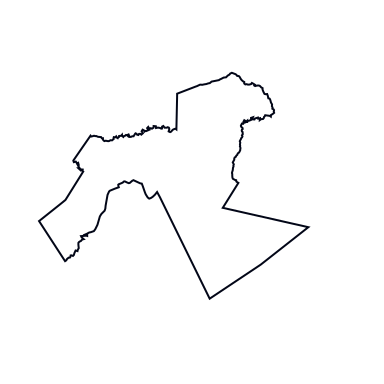 Gilbués, Piauí, Brazil, rotated 122°
{"feature_id": "56859067B46664725205150", "entity_name": "Gilbués", "entity_type": "district", "adm_level": 2, "iso_a3": "BRA", "parent_name": "Brazil", "parent_adm1": "Piauí", "projection": "orthographic", "projection_center": [-45.496, -9.578], "detail": "fine", "context": "isolated", "style": "outline", "palette": "ink", "viewbox_px": 384, "rotation_deg": 122, "n_neighbors": 0, "source": "geoboundaries", "source_scale": "gbopen_adm2", "svg_char_len": 4438}
<svg xmlns="http://www.w3.org/2000/svg" viewBox="0 0 384 384"><g transform="rotate(122 192 192)"><path d="M69.8,221.4L71.4,222.4L72.7,222.5L73.9,223.2L74.9,223.5L76.7,223.9L78.2,225.8L80.6,227.2L81.6,227.9L82.9,228.5L88.0,233.9L90.2,234.6L91.3,235.8L92.9,237.1L94.0,238.4L95.8,240.3L96.2,241.3L96.8,242.1L99.6,243.9L100.7,244.8L116.5,256.7L118.8,255.3L147.2,238.4L147.1,239.6L148.0,240.4L149.4,241.3L150.6,241.5L151.9,241.7L152.8,242.3L153.0,243.9L150.6,244.6L149.7,245.7L149.9,246.9L150.8,247.4L152.0,249.4L151.2,251.3L152.4,252.0L154.1,251.1L154.6,251.7L154.6,252.9L155.4,255.0L156.8,256.4L155.4,257.5L156.4,259.5L157.8,258.7L159.5,259.5L159.7,260.7L160.8,262.2L160.0,263.6L161.6,263.9L162.2,262.7L162.1,261.4L164.6,263.1L165.0,264.0L165.9,264.3L165.2,265.5L165.3,266.9L167.2,266.9L167.8,265.7L168.2,264.8L170.2,265.4L170.0,266.5L170.8,267.7L172.1,267.7L172.5,268.9L172.0,269.9L172.2,271.0L173.0,271.1L174.7,271.1L175.7,271.1L176.4,272.2L177.5,272.9L178.3,273.9L178.7,275.0L178.4,276.4L177.4,275.4L176.8,276.3L177.7,276.9L178.3,277.4L178.6,278.2L179.5,278.4L180.7,279.4L181.7,279.4L181.5,281.0L180.6,281.7L181.9,281.9L183.1,283.5L184.0,283.1L184.7,283.6L185.7,283.5L185.7,285.0L185.1,285.8L186.3,286.1L186.9,287.4L187.9,287.1L188.6,286.5L189.7,286.9L190.6,287.2L191.3,288.6L192.7,289.3L193.3,290.0L193.7,290.9L194.2,292.3L195.2,293.2L195.2,294.1L194.7,295.4L193.6,296.0L194.2,297.0L193.6,298.1L194.4,299.8L195.0,300.9L195.3,302.9L195.9,303.7L196.2,304.9L197.2,305.7L198.4,306.9L198.0,307.9L212.7,308.6L228.2,309.3L228.8,308.7L229.3,308.0L228.4,307.2L227.8,306.7L228.3,305.5L228.8,304.7L227.6,304.0L229.1,302.4L229.8,302.9L230.6,301.6L231.2,300.2L232.0,301.1L232.2,300.0L232.6,297.9L231.5,297.8L230.9,296.6L232.2,296.1L232.3,295.1L265.8,295.1L272.8,297.5L283.3,301.2L297.7,306.3L317.9,263.0L316.6,262.4L315.2,262.5L314.1,262.2L312.9,261.7L312.3,260.8L311.4,260.8L310.1,261.3L309.5,260.5L309.3,259.1L308.0,258.8L305.9,259.4L303.3,259.7L302.8,257.8L301.7,258.2L299.6,258.3L298.1,259.5L296.8,260.5L295.3,261.4L294.3,261.3L293.2,260.8L292.3,260.2L291.1,260.1L290.2,259.7L289.4,258.9L289.2,260.2L288.9,261.6L288.2,262.7L286.1,259.9L285.6,260.7L284.0,259.6L285.1,258.7L284.8,257.6L283.4,258.5L282.4,258.6L280.8,257.7L279.8,256.6L277.2,254.5L274.8,254.3L269.9,254.8L261.5,257.2L258.6,257.2L254.2,256.2L252.0,256.7L249.4,258.0L239.2,262.1L235.5,262.6L234.4,262.3L229.8,259.0L226.8,256.6L225.9,257.6L224.9,258.4L224.0,258.1L222.9,257.2L220.7,255.7L219.3,255.4L218.6,254.6L218.3,251.8L218.0,250.3L217.3,249.6L215.7,249.1L214.1,248.6L213.0,247.9L212.7,245.4L212.1,240.5L211.5,239.0L213.4,236.5L217.2,231.8L218.5,230.0L220.1,226.7L220.3,224.8L218.9,223.7L217.0,222.8L214.0,222.0L210.5,221.6L213.5,216.3L231.5,187.4L273.1,120.5L217.1,95.2L165.2,76.5L160.2,74.7L163.0,82.8L165.2,89.0L189.1,157.5L173.7,157.5L165.2,157.5L159.7,157.5L159.7,159.1L159.6,160.0L158.6,160.8L159.0,161.9L159.1,164.4L158.4,165.3L157.0,166.4L155.4,167.4L154.7,168.2L153.8,168.5L151.9,169.0L149.7,170.1L148.4,170.3L147.7,170.9L146.4,171.2L145.3,173.1L143.5,173.2L142.2,173.3L141.2,173.9L140.1,174.1L138.9,173.5L137.7,173.7L136.5,173.3L135.2,173.6L134.3,173.4L133.6,173.0L132.4,173.1L131.2,173.2L130.0,173.8L129.2,174.1L128.4,174.8L128.0,175.5L127.2,175.7L126.2,176.6L124.6,177.2L123.6,178.4L122.5,178.5L121.4,178.5L120.2,178.8L119.2,178.5L118.1,178.7L117.5,179.7L116.0,179.6L115.3,180.2L114.3,180.9L114.1,181.8L113.5,182.4L112.6,182.7L111.7,182.4L110.9,183.1L110.6,184.8L110.0,185.6L109.0,185.8L107.5,185.9L107.1,184.9L105.1,185.6L103.4,185.7L103.4,184.8L104.7,183.8L102.9,183.2L103.8,182.9L103.3,182.2L102.1,182.4L101.1,181.2L99.5,180.1L97.9,181.2L96.4,180.0L98.6,179.7L97.4,177.5L96.5,177.7L95.4,176.8L93.9,175.5L94.7,174.7L93.4,173.5L95.1,172.6L93.6,172.0L92.5,170.5L91.3,170.3L90.2,170.7L89.2,170.4L88.1,170.6L87.4,169.0L86.2,166.4L86.3,165.1L84.9,165.8L83.0,164.9L82.2,164.6L81.3,164.3L80.3,165.4L79.1,165.8L78.7,166.6L78.8,168.0L77.7,168.4L76.9,169.7L75.3,170.5L74.3,172.4L72.8,174.0L72.0,175.0L71.7,175.8L72.1,176.9L71.1,177.9L70.5,178.4L69.1,180.2L70.0,181.3L70.4,182.5L69.4,184.2L68.7,185.2L67.7,186.5L66.5,187.2L66.6,188.7L66.1,190.5L66.2,191.5L66.7,192.5L67.8,193.8L68.7,194.6L68.7,195.6L67.7,195.6L67.7,197.5L67.8,199.0L69.2,199.1L70.7,200.5L71.3,201.5L71.6,202.8L72.5,203.8L72.3,205.2L71.0,206.0L71.1,207.3L70.8,209.1L70.3,210.5L69.2,212.5L68.9,213.3L69.1,214.3L69.6,215.2L69.2,216.2L69.0,217.4L69.8,221.4Z" fill="none" stroke="#020617" stroke-width="2"/></g></svg>